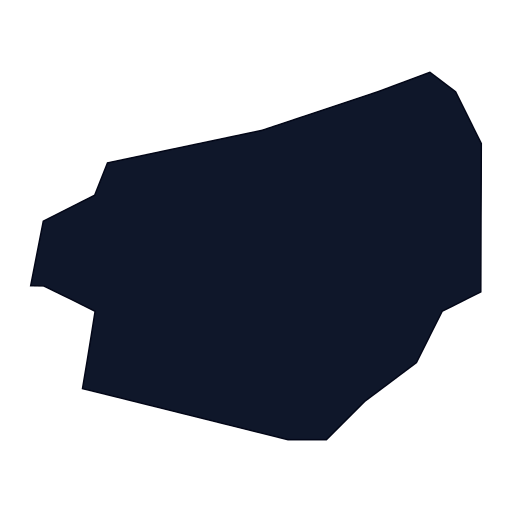 Terschelling, Netherlands
{"feature_id": "6326949B18188251014258", "entity_name": "Terschelling", "entity_type": "district", "adm_level": 2, "iso_a3": "NLD", "parent_name": "Netherlands", "parent_adm1": "", "projection": "mercator", "projection_center": [5.382, 53.344], "detail": "fine", "context": "isolated", "style": "filled", "palette": "ink", "viewbox_px": 512, "rotation_deg": 0, "n_neighbors": 0, "source": "geoboundaries", "source_scale": "gbopen_adm2", "svg_char_len": 691}
<svg xmlns="http://www.w3.org/2000/svg" viewBox="0 0 512 512"><path d="M429.9,72.3L397.5,84.4L378.2,91.6L339.5,104.5L300.8,117.4L262.1,130.3L249.8,132.9L236.0,135.8L171.9,149.3L107.5,162.9L94.7,195.2L83.2,201.0L43.3,221.2L36.4,256.5L30.7,285.7L43.6,285.9L63.3,295.5L70.0,298.7L95.1,311.3L91.0,337.1L87.2,360.6L82.5,388.6L114.6,396.5L146.7,404.5L185.3,414.1L223.8,423.7L255.9,431.7L287.9,439.7L326.4,439.7L345.7,420.4L364.9,401.2L390.7,381.9L398.1,376.3L416.4,362.6L429.3,336.9L429.5,336.4L442.2,311.2L455.1,304.8L467.9,298.3L480.8,291.9L480.9,254.9L481.0,217.8L481.2,180.7L481.3,143.5L473.3,127.5L472.3,125.4L455.6,91.8L429.9,72.3Z" fill="#0f172a" stroke="#020617" stroke-width="1.5"/></svg>